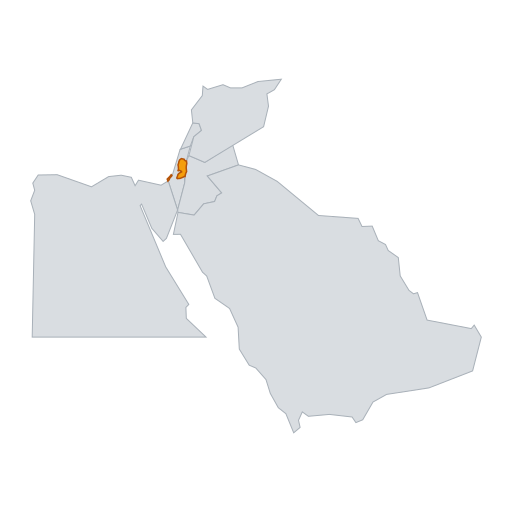 Palestine shown with its bordering countries
{"feature_id": "PSE", "entity_name": "Palestine", "entity_type": "country or territory", "adm_level": 0, "iso_a3": "PSE", "parent_name": "Asia", "parent_adm1": "", "projection": "robinson", "projection_center": [35.031, 31.871], "detail": "fine", "context": "with_neighbors", "style": "filled", "palette": "amber", "viewbox_px": 512, "rotation_deg": 0, "n_neighbors": 6, "source": "natural_earth", "source_scale": "50m", "svg_char_len": 2731}
<svg xmlns="http://www.w3.org/2000/svg" viewBox="0 0 512 512"><path d="M190.3,146.0L186.4,161.0L181.3,158.6L178.3,169.9L181.9,171.8L178.2,174.2L177.6,178.6L184.3,176.3L184.7,182.9L177.6,210.0L168.2,180.9L172.3,175.3L180.1,149.4L190.3,146.0Z" fill="#d9dde1" stroke="#a8b0b8" stroke-width="1"/><path d="M190.3,146.0L180.5,149.2L192.8,122.9L199.1,123.7L201.5,130.4L193.8,136.7L190.3,146.0Z" fill="#d9dde1" stroke="#a8b0b8" stroke-width="1"/><path d="M186.4,161.0L188.9,155.6L204.8,162.4L232.5,144.3L238.5,164.9L207.3,176.0L221.7,192.9L216.9,195.8L214.6,201.5L203.7,203.8L194.1,215.1L178.0,212.4L177.6,210.0L184.7,182.9L186.4,161.0Z" fill="#d9dde1" stroke="#a8b0b8" stroke-width="1"/><path d="M188.9,155.6L193.8,136.7L201.5,130.4L199.1,123.7L192.8,122.9L191.4,109.9L202.3,95.6L203.0,86.1L207.6,89.4L223.0,84.7L230.5,87.9L242.0,87.9L258.0,81.5L281.3,79.2L274.4,89.7L266.9,93.9L268.5,106.2L263.6,126.7L204.8,162.4L188.9,155.6Z" fill="#d9dde1" stroke="#a8b0b8" stroke-width="1"/><path d="M178.0,212.4L194.1,215.1L203.7,203.8L214.6,201.5L216.9,195.8L221.7,192.9L207.3,176.0L238.5,164.9L255.7,169.5L277.2,181.4L318.5,215.5L358.1,218.4L362.0,226.5L372.2,226.1L378.3,240.7L385.5,244.5L388.2,250.5L398.3,257.6L400.2,275.9L409.0,290.4L413.5,293.8L417.5,292.6L427.1,320.1L471.3,328.6L474.2,325.1L481.3,337.1L472.6,370.9L428.9,387.9L386.6,394.4L373.0,402.0L362.7,419.8L355.9,422.6L352.1,417.0L329.4,414.4L308.4,416.3L302.3,411.9L298.5,420.3L300.1,427.4L293.7,432.8L285.9,413.7L278.3,407.7L270.3,393.4L266.0,379.6L255.8,368.0L249.2,365.2L239.3,349.1L238.1,327.2L229.6,308.5L214.9,298.3L206.7,276.0L202.5,272.2L180.5,234.3L173.4,234.4L178.0,212.4Z" fill="#d9dde1" stroke="#a8b0b8" stroke-width="1"/><path d="M206.0,337.1L32.2,337.1L34.7,214.4L30.7,200.8L34.7,190.3L32.8,183.1L38.2,175.0L57.2,174.7L91.5,186.8L108.6,176.6L121.2,175.2L131.3,177.3L135.1,185.7L138.5,180.2L161.1,185.2L168.2,180.9L177.6,210.0L166.4,238.4L163.1,241.4L151.8,228.3L141.6,204.1L140.1,205.6L165.7,266.9L188.8,304.4L185.9,307.4L186.3,318.4L206.0,337.1Z" fill="#d9dde1" stroke="#a8b0b8" stroke-width="1"/><path d="M186.5,161.0L186.8,163.6L186.3,165.9L186.2,167.9L186.6,171.6L185.8,173.2L185.3,175.1L185.1,176.5L184.5,176.4L182.6,177.4L180.1,178.4L177.3,178.6L177.0,178.4L176.8,177.9L177.7,175.5L178.0,174.4L179.2,173.2L180.9,172.2L181.6,171.9L181.5,171.4L180.5,170.8L179.4,170.4L178.4,170.8L178.1,170.7L178.0,170.3L178.4,169.9L178.5,169.1L178.4,167.8L178.3,166.2L178.0,164.9L178.7,162.9L178.8,161.9L179.6,159.9L181.4,158.6L183.0,159.0L183.8,159.1L184.2,159.3L184.4,160.0L185.6,160.9L186.5,161.0ZM171.2,174.7L171.9,175.4L171.9,175.7L169.4,178.5L169.3,179.6L167.9,181.1L167.4,179.6L167.2,179.1L169.9,176.4L171.2,174.7Z" fill="#f59e0b" stroke="#b45309" stroke-width="1.5"/></svg>